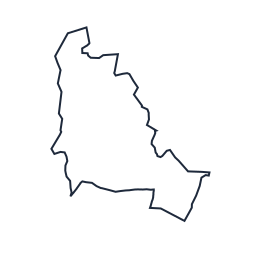 Ola Oluwa, Osun, Nigeria (Natural Earth projection), rotated 198°
{"feature_id": "59680162B48244867814587", "entity_name": "Ola Oluwa", "entity_type": "district", "adm_level": 2, "iso_a3": "NGA", "parent_name": "Nigeria", "parent_adm1": "Osun", "projection": "natural_earth1", "projection_center": [4.195, 7.728], "detail": "fine", "context": "isolated", "style": "outline", "palette": "slate", "viewbox_px": 256, "rotation_deg": 198, "n_neighbors": 0, "source": "geoboundaries", "source_scale": "gbopen_adm2", "svg_char_len": 1941}
<svg xmlns="http://www.w3.org/2000/svg" viewBox="0 0 256 256"><g transform="rotate(198 128 128)"><path d="M214.5,199.5L219.5,173.8L215.1,168.1L210.0,162.2L210.0,161.8L208.5,148.7L202.4,141.8L198.2,120.4L193.4,116.4L191.5,105.0L190.3,103.7L190.7,100.6L194.4,84.5L190.0,80.6L184.8,84.4L180.7,85.2L177.6,81.7L175.5,77.8L175.9,73.0L174.5,68.1L173.4,66.1L171.4,62.8L166.7,59.8L164.0,53.1L161.7,49.2L161.6,45.2L161.4,45.9L161.2,46.5L160.8,47.2L160.5,48.2L160.1,49.0L159.7,50.0L159.5,50.8L159.1,51.7L158.8,52.5L158.6,53.2L158.2,54.1L158.1,54.6L157.7,55.9L157.4,56.8L157.2,57.4L156.9,58.5L156.4,59.9L156.3,60.7L155.7,61.8L155.4,62.4L154.9,63.1L151.2,63.5L145.3,64.7L139.9,63.0L135.4,62.5L134.2,62.7L126.5,63.2L120.1,63.5L115.5,65.8L110.9,67.9L107.5,69.2L105.9,70.0L102.5,71.6L99.8,72.6L94.8,74.1L91.3,75.5L87.3,76.3L84.5,77.5L84.2,76.7L84.1,76.3L84.0,75.5L83.9,74.8L83.8,74.3L83.6,73.6L83.4,72.9L83.2,72.4L83.2,71.8L83.0,71.3L82.9,70.7L82.6,69.6L82.6,69.0L82.5,68.3L82.5,67.8L82.5,67.5L82.5,66.8L82.6,66.1L82.6,65.6L82.6,65.0L82.5,64.6L82.5,64.0L82.5,63.5L82.5,63.0L82.4,62.6L82.4,62.1L82.4,61.6L82.4,61.0L82.3,60.6L82.3,60.3L82.4,60.0L82.4,59.6L82.4,59.1L82.4,58.8L72.0,61.6L45.6,57.1L43.9,65.7L42.9,71.0L42.7,71.9L43.7,75.3L42.3,84.7L41.9,95.0L42.8,103.5L39.6,107.2L36.5,107.7L36.8,110.9L44.2,109.1L57.5,105.3L69.8,112.6L74.1,114.6L81.3,120.1L84.1,118.3L86.7,112.0L88.1,110.4L91.3,110.4L92.4,112.1L94.1,113.2L96.5,117.6L100.6,120.0L101.3,123.2L100.6,129.4L100.5,131.6L101.4,133.5L100.3,134.3L110.9,136.7L110.7,142.6L111.8,145.4L112.6,147.5L112.9,148.7L115.3,151.7L121.4,152.4L121.7,153.7L132.7,161.6L131.1,169.5L135.7,173.1L137.5,174.5L143.3,179.7L145.7,179.9L149.8,177.9L155.9,174.1L158.0,175.9L158.1,176.1L158.1,177.8L160.4,195.1L174.1,189.6L177.1,185.6L185.2,183.3L188.3,184.6L189.5,186.6L194.6,185.2L196.2,189.5L192.1,194.2L191.7,195.2L191.1,196.0L190.9,196.8L198.6,210.8L214.5,199.5Z" fill="none" stroke="#1e293b" stroke-width="2"/></g></svg>